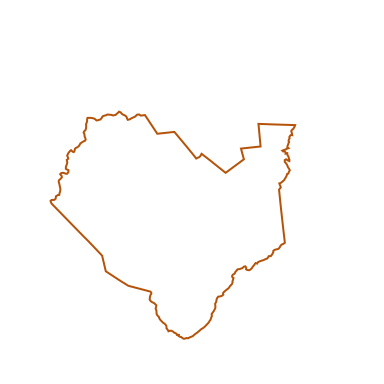 outline of Macaúbas, Bahia, Brazil, rotated 236°
{"feature_id": "56859067B64074921984300", "entity_name": "Macaúbas", "entity_type": "district", "adm_level": 2, "iso_a3": "BRA", "parent_name": "Brazil", "parent_adm1": "Bahia", "projection": "mercator", "projection_center": [-42.712, -13.173], "detail": "fine", "context": "isolated", "style": "outline", "palette": "amber", "viewbox_px": 384, "rotation_deg": 236, "n_neighbors": 0, "source": "geoboundaries", "source_scale": "gbopen_adm2", "svg_char_len": 4136}
<svg xmlns="http://www.w3.org/2000/svg" viewBox="0 0 384 384"><g transform="rotate(236 192 192)"><path d="M98.0,240.6L109.4,246.5L113.2,248.5L128.5,256.5L143.8,264.7L145.3,265.5L145.8,267.0L146.2,268.2L147.5,268.6L148.9,268.8L150.3,269.2L149.9,270.5L150.0,272.1L150.3,274.9L151.0,276.3L151.7,277.9L152.6,279.6L153.7,280.8L153.4,282.0L154.2,283.2L154.8,284.2L155.4,285.3L157.2,285.5L158.9,285.4L161.2,286.0L163.2,286.0L164.9,285.7L166.6,286.7L166.5,288.3L164.7,289.0L163.2,290.0L164.2,290.8L165.6,291.0L166.7,291.6L168.0,291.8L169.3,291.8L170.9,292.7L171.5,291.0L172.5,291.7L173.8,291.6L174.7,290.2L175.8,290.0L175.4,291.6L175.0,293.3L174.8,294.9L174.4,296.5L175.8,296.0L176.8,297.0L177.7,298.3L178.5,299.3L179.1,300.5L180.2,300.5L181.3,301.6L181.8,302.8L183.2,303.5L183.8,304.8L183.9,306.1L183.1,306.9L185.0,307.7L187.1,308.4L187.7,310.0L187.7,311.3L188.2,312.3L188.8,313.6L189.8,314.9L201.9,298.1L211.3,285.2L191.4,274.3L200.6,256.9L190.1,253.3L189.1,230.6L204.4,225.8L207.7,224.8L218.3,221.3L217.5,219.7L217.0,218.6L216.9,217.1L217.3,215.4L217.4,214.2L221.1,214.0L232.9,212.9L251.7,211.0L254.2,206.2L259.7,195.8L282.1,196.0L284.0,192.2L285.9,191.5L286.8,189.7L286.6,188.4L286.3,187.1L286.7,184.7L287.0,182.9L287.0,181.1L287.8,179.1L289.2,179.3L290.8,179.7L292.4,179.5L294.9,178.0L296.4,177.5L297.9,177.4L299.4,176.4L299.0,174.6L298.9,173.1L298.6,171.8L299.2,170.4L299.6,169.3L300.9,168.4L302.4,166.6L303.6,165.1L303.7,163.6L304.4,161.7L304.7,160.2L303.9,158.6L303.3,156.6L303.8,155.4L304.1,154.0L304.8,152.8L306.6,152.4L307.9,151.7L309.2,150.5L310.2,149.4L311.1,148.0L311.9,146.8L310.8,145.6L309.3,144.6L308.4,143.5L307.6,142.2L306.1,141.3L304.8,140.4L303.9,139.6L302.8,138.1L302.5,136.2L301.7,135.3L300.1,135.2L299.0,134.5L297.9,134.0L296.5,133.7L295.1,133.3L294.3,132.2L294.6,130.5L294.7,128.8L294.7,126.7L293.8,124.9L293.3,123.6L293.2,121.9L293.5,120.4L293.2,119.0L291.9,117.8L291.2,116.3L292.1,115.6L294.3,115.1L294.2,113.9L293.7,112.1L293.2,110.8L291.9,108.8L290.0,108.5L288.8,108.0L288.6,106.1L286.3,105.2L284.7,103.4L283.5,101.6L281.8,100.4L280.5,101.0L279.1,101.8L277.6,100.6L277.0,98.7L277.7,97.6L278.9,96.8L280.1,95.8L280.8,94.3L280.5,92.7L279.2,92.8L278.1,92.9L276.9,92.3L276.4,90.4L276.1,88.1L274.6,87.0L273.4,86.7L272.3,86.3L270.0,85.3L268.3,84.7L267.1,83.8L266.1,82.9L265.2,81.6L263.8,80.3L264.5,78.9L264.5,76.8L262.7,75.2L262.5,73.4L263.3,72.1L263.9,71.1L263.7,69.7L262.6,69.4L260.9,69.1L215.6,77.3L209.6,78.5L189.5,81.9L174.5,76.2L158.7,82.8L149.8,86.8L141.4,94.2L132.6,101.9L131.2,101.9L130.3,101.2L129.9,100.1L128.8,98.7L127.5,97.6L126.4,96.7L125.0,96.7L122.9,97.3L121.5,98.3L120.0,98.7L118.0,99.1L116.6,97.7L115.8,96.7L114.6,96.4L113.4,96.1L111.8,95.1L110.5,94.4L108.6,94.3L107.0,94.7L105.3,94.2L103.1,94.3L99.5,95.0L98.2,95.6L96.8,95.9L95.1,95.8L93.2,94.6L92.1,94.8L90.8,94.8L89.7,94.6L89.3,95.8L88.8,97.1L87.0,98.2L85.3,98.6L84.2,99.4L83.0,99.9L81.9,99.6L80.9,101.2L80.1,100.4L78.8,101.0L77.7,102.0L76.2,102.4L74.8,103.2L74.3,104.5L73.9,106.0L72.9,106.9L72.8,108.6L72.5,110.1L72.2,111.2L72.1,112.5L72.4,114.0L72.5,115.7L72.5,117.8L72.7,119.2L72.8,120.8L73.1,122.4L73.1,123.7L73.0,125.0L73.1,126.7L73.6,129.1L74.0,131.0L74.5,132.9L75.3,134.6L75.8,136.0L76.5,136.9L77.2,137.8L78.0,139.1L79.8,140.0L80.4,141.4L80.9,143.1L81.6,144.4L82.8,146.5L84.6,147.7L86.4,148.7L87.2,150.2L87.9,151.2L88.9,152.0L89.9,153.3L90.6,155.1L89.9,156.5L89.4,158.0L89.2,159.2L89.4,160.5L90.8,161.2L91.3,162.7L91.5,164.5L91.7,166.6L91.7,168.0L92.1,169.5L92.8,171.0L93.1,172.7L93.5,173.9L94.2,174.9L95.3,175.6L96.2,176.8L97.5,178.3L98.7,177.8L99.9,178.2L100.6,179.5L100.5,180.7L100.6,181.9L101.6,183.5L101.9,184.9L102.4,186.5L101.6,188.1L101.1,189.8L100.7,191.2L101.1,193.3L100.5,194.7L99.0,194.6L97.6,193.6L96.2,194.4L95.1,195.8L95.1,197.6L95.4,198.9L95.9,200.2L96.4,201.6L96.7,202.7L97.2,203.8L97.5,205.0L96.2,206.0L96.9,207.2L96.8,208.5L96.5,210.1L96.0,211.8L95.6,212.9L95.4,214.2L95.2,215.8L94.8,217.0L95.2,218.4L95.9,219.7L94.8,221.5L95.4,223.3L96.0,224.6L96.6,225.7L97.6,226.3L97.9,227.8L97.3,229.8L96.7,231.1L96.6,232.4L97.2,234.0L98.1,235.7L98.2,237.5L97.9,238.9L98.0,240.6Z" fill="none" stroke="#b45309" stroke-width="2"/></g></svg>